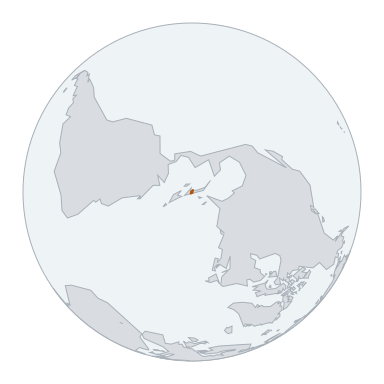 globe centered on Las Tunas, rotated 140°
{"feature_id": "CUB-1368", "entity_name": "Las Tunas", "entity_type": "Province", "adm_level": 1, "iso_a3": "CUB", "parent_name": "Cuba", "parent_adm1": "", "projection": "orthographic", "projection_center": [-77.037, 21.068], "detail": "fine", "context": "on_globe", "style": "filled", "palette": "amber", "viewbox_px": 384, "rotation_deg": 140, "n_neighbors": 0, "source": "natural_earth", "source_scale": "10m", "svg_char_len": 9803}
<svg xmlns="http://www.w3.org/2000/svg" viewBox="0 0 384 384"><g transform="rotate(140 192 192)"><circle cx="192" cy="192" r="169" fill="#eef3f6" stroke="#a8b0b8"/><path d="M188.7,229.3L184.7,227.5L180.7,232.3L167.0,224.0L162.2,213.9L120.5,194.1L116.3,188.4L116.5,180.0L104.1,149.7L108.8,177.1L103.7,171.1L99.9,161.0L102.4,159.1L100.5,144.9L96.1,138.7L97.2,121.4L108.7,101.8L109.9,105.5L112.5,100.8L111.3,96.1L109.8,94.2L117.1,75.6L114.7,64.3L108.5,64.9L114.1,62.0L98.6,66.4L93.7,65.2L102.6,64.2L106.1,62.4L104.5,60.1L107.8,57.9L108.9,55.6L112.9,53.3L117.8,53.5L120.5,52.2L119.2,50.7L122.4,47.9L123.9,50.1L129.7,45.6L138.9,46.1L139.6,56.0L148.1,56.1L157.7,66.3L160.2,64.1L165.4,67.2L170.3,66.0L170.7,68.7L174.2,65.5L172.9,63.3L174.0,61.2L176.7,60.4L177.7,63.6L176.5,64.4L178.2,65.0L177.5,67.0L179.4,65.6L180.3,69.8L183.4,64.6L187.5,67.2L187.0,70.3L181.8,71.2L167.7,82.5L165.6,86.8L167.8,91.5L183.2,97.2L183.0,101.8L186.7,107.1L189.2,103.7L187.2,98.5L192.8,94.0L189.7,88.6L191.6,86.2L190.5,80.6L196.4,80.3L202.6,83.2L203.7,87.9L206.5,89.5L210.0,84.3L216.6,93.2L228.7,99.5L229.8,102.2L223.6,107.9L212.0,109.0L203.9,118.4L214.9,111.4L217.4,119.1L220.3,120.2L223.5,119.5L224.8,116.4L226.8,119.1L216.8,126.5L214.8,124.1L218.0,121.6L212.5,122.5L205.7,128.4L207.5,132.3L195.4,138.6L196.6,141.6L194.6,145.0L193.6,139.6L195.1,149.7L181.2,161.4L183.1,179.7L175.0,165.6L168.3,163.9L160.2,164.0L160.4,167.0L149.6,164.3L139.9,170.1L136.5,184.3L140.3,195.5L152.3,196.7L155.9,190.7L164.7,189.7L158.5,206.0L173.9,208.7L172.4,220.8L177.0,227.1L184.6,225.5L192.6,228.4L198.2,221.3L207.2,217.1L207.5,226.9L212.4,217.7L217.5,222.1L235.4,220.3L234.1,222.6L249.2,232.4L265.1,235.0L268.8,241.3L267.0,245.8L272.4,246.1L272.5,248.8L293.7,248.3L304.1,252.1L303.5,261.3L294.2,274.0L284.3,296.4L267.2,306.4L261.9,314.6L247.0,327.1L236.7,327.7L238.8,332.2L232.3,335.7L225.4,336.6L223.5,339.9L218.3,340.4L221.2,342.1L212.0,346.5L213.6,349.2L206.7,352.1L207.9,353.5L205.6,353.6L203.0,354.2L202.5,354.9L195.8,353.8L194.8,350.5L197.9,348.6L194.8,348.3L201.4,343.0L197.8,344.2L200.1,335.5L205.9,327.6L211.0,302.0L207.7,296.7L194.9,290.6L179.7,269.1L184.0,259.9L180.5,255.5L191.7,242.0L188.7,229.3ZM35.3,152.2L36.5,148.4L36.4,151.5L35.3,152.2ZM36.9,145.7L36.5,147.1L36.7,145.9L36.9,145.7ZM36.8,144.6L36.9,145.4L36.6,144.8L36.8,144.6ZM36.5,143.5L36.7,143.9L36.6,144.0L36.5,143.5ZM182.3,185.9L199.9,194.2L190.0,195.6L191.9,193.9L187.4,190.4L179.1,187.2L170.3,189.0L182.3,185.9ZM36.6,140.7L36.7,139.9L37.0,139.9L36.6,140.7ZM189.9,175.8L186.9,175.1L189.9,175.0L189.9,175.8ZM108.6,93.9L110.9,96.3L110.8,101.6L108.5,99.8L108.6,93.9ZM109.2,84.6L111.2,84.8L108.0,89.3L107.9,87.7L109.2,84.6ZM103.2,66.1L104.5,67.3L102.1,67.0L103.2,66.1ZM108.3,55.8L106.9,56.2L108.1,54.9L108.3,55.8ZM187.4,81.2L188.9,80.9L188.3,82.1L187.4,81.2ZM185.5,79.2L183.7,80.8L182.5,80.1L183.7,79.1L185.5,79.2ZM115.3,50.3L117.6,48.4L116.1,50.4L115.3,50.3ZM188.0,77.5L180.7,78.7L178.7,77.5L181.3,72.9L188.0,77.5ZM119.5,47.2L125.0,42.9L122.4,43.4L132.9,40.0L124.7,44.5L123.3,46.8L122.1,46.2L119.5,47.2ZM171.3,62.9L172.8,65.2L169.0,64.1L171.3,62.9ZM168.6,62.8L155.4,63.2L154.5,59.8L159.1,60.1L156.0,56.6L162.0,54.7L165.1,56.2L164.5,58.7L167.3,56.1L168.6,62.8ZM137.8,39.0L139.9,38.2L138.7,39.1L137.8,39.0ZM174.1,60.3L171.5,60.6L170.6,57.6L175.6,56.6L174.3,57.8L174.1,60.3ZM152.2,56.8L152.4,54.6L157.3,52.3L158.1,51.2L162.1,54.4L152.2,56.8ZM175.9,58.1L178.1,56.2L181.1,57.0L176.6,59.9L175.9,58.1ZM168.2,57.3L168.0,55.8L169.8,56.3L168.2,57.3ZM192.7,59.3L189.6,59.3L188.9,57.7L192.7,59.3ZM178.8,55.4L177.8,55.2L177.1,54.6L179.2,53.6L178.8,55.4ZM165.3,52.7L167.3,52.4L163.9,51.3L167.5,49.8L169.5,52.3L170.1,50.6L171.2,50.2L171.7,52.7L165.3,52.7ZM179.3,51.0L183.2,54.0L189.0,54.2L189.9,55.5L180.3,55.1L179.3,51.0ZM174.8,51.7L177.8,51.5L177.3,53.2L175.0,54.4L174.8,51.7ZM169.2,48.1L163.2,49.6L162.9,49.1L169.2,48.1ZM181.1,50.6L180.2,49.9L181.6,50.5L181.1,50.6ZM173.0,48.4L170.9,49.0L170.6,48.3L173.0,48.4ZM180.0,48.2L181.2,49.1L179.7,49.9L180.0,48.2ZM176.9,48.0L177.1,47.0L178.4,49.6L176.0,48.4L176.9,48.0ZM173.1,47.7L172.3,47.5L174.0,47.6L173.1,47.7ZM185.2,45.1L187.2,48.2L183.8,49.7L182.3,46.4L185.2,45.1ZM206.7,356.0L196.2,354.3L202.2,355.1L207.0,353.8L212.3,355.0L206.7,356.0ZM220.5,352.1L225.6,350.9L226.7,351.1L223.4,352.1L220.5,352.1ZM321.7,83.8L323.1,85.5L319.0,81.1L310.0,71.0L321.7,83.8ZM297.4,59.9L300.3,62.3L301.2,63.0L302.6,64.3L304.8,66.3L304.0,65.6L301.9,63.8L302.6,64.7L312.3,74.0L314.6,75.9L319.1,82.3L323.3,86.4L326.1,90.3L320.1,84.9L317.3,81.9L309.9,79.0L313.3,82.6L320.5,85.8L320.3,86.6L325.0,92.3L321.2,88.6L312.5,84.8L313.6,91.9L322.8,110.5L321.8,114.9L317.4,115.5L306.2,101.3L309.7,93.3L305.8,88.9L298.4,85.7L300.0,83.8L297.4,81.7L298.1,78.8L292.4,71.2L292.1,68.3L283.5,62.1L282.1,60.0L287.6,64.1L291.2,65.7L289.6,59.6L287.4,57.5L282.0,54.3L282.2,53.3L277.1,51.0L273.1,47.0L273.8,50.2L267.4,47.2L261.4,43.5L259.5,43.3L269.1,49.5L272.8,51.5L275.8,52.3L286.1,59.4L288.0,62.3L277.7,57.6L279.3,61.5L270.6,56.8L250.0,41.7L244.6,37.6L249.1,35.4L254.1,37.4L254.9,38.9L260.0,39.6L256.8,38.5L257.0,38.0L250.9,35.6L250.8,35.2L245.2,34.0L244.3,33.2L247.9,34.0L238.2,30.6L234.7,29.1L232.5,28.6L231.3,28.5L227.7,27.0L226.3,26.8L226.9,27.1L224.5,27.0L218.9,26.3L217.9,25.8L219.8,26.0L222.4,25.9L227.6,26.9L226.7,26.6L221.9,25.7L218.8,25.8L215.6,25.6L216.4,25.2L215.9,25.3L214.1,25.1L211.4,24.6L210.2,24.9L191.1,25.0L184.0,24.6L186.8,23.9L172.5,25.1L165.6,25.5L166.2,25.7L159.8,27.1L161.9,26.9L161.7,27.1L146.1,31.9L141.7,33.1L135.7,36.4L136.0,36.6L138.9,35.8L132.9,40.0L122.4,43.4L122.2,42.6L115.7,45.7L116.3,43.7L113.7,43.9L118.1,40.7L115.7,41.5L113.4,42.7L108.5,45.2L107.9,45.4L118.4,39.9L123.5,38.7L122.2,38.5L125.5,37.2L126.8,36.4L125.6,36.6L123.6,37.5L126.1,36.4L137.4,32.1L148.9,28.6L160.7,26.0L172.7,24.1L184.8,23.2L196.9,23.1L209.0,23.9L220.9,25.5L232.8,28.0L244.4,31.4L255.8,35.5L266.8,40.5L277.5,46.2L287.7,52.7L297.4,59.9ZM360.2,207.6L360.5,199.5L360.5,186.9L359.9,183.6L359.2,187.7L358.0,183.8L357.3,185.6L349.3,201.7L344.4,198.3L332.7,181.8L332.3,171.1L327.9,161.4L321.7,115.8L325.3,114.1L326.1,99.3L327.0,98.9L332.3,106.6L337.1,106.9L332.4,98.9L331.9,97.3L338.7,108.3L344.7,119.7L349.8,131.5L353.9,143.8L357.1,156.3L359.4,169.0L360.7,181.8L360.9,194.7L360.2,207.6ZM329.6,135.6L331.1,138.6L329.6,135.6ZM236.0,220.1L238.1,221.8L235.3,222.1L236.0,220.1ZM188.7,199.7L192.4,199.9L194.3,201.4L191.5,201.9L188.7,199.7ZM219.6,198.6L223.8,199.2L219.5,200.3L219.6,198.6ZM202.7,195.3L216.3,198.6L207.8,201.9L199.2,200.0L205.1,198.9L202.7,195.3ZM188.3,181.6L190.6,182.4L190.0,184.2L188.3,181.6ZM192.1,175.7L191.2,175.9L190.0,174.4L192.1,175.7ZM218.0,118.7L218.9,118.2L222.2,118.2L220.7,119.6L218.0,118.7ZM236.2,110.8L239.1,115.4L236.0,112.9L234.6,115.5L226.3,113.8L229.9,103.5L229.7,108.3L236.2,110.8ZM216.2,109.4L221.1,111.2L215.6,109.7L216.2,109.4ZM282.5,74.8L284.9,74.8L287.8,77.7L288.2,82.7L283.9,78.4L282.5,74.8ZM287.5,74.3L277.2,69.0L276.5,66.1L278.7,68.5L279.3,67.1L282.8,70.7L292.3,73.7L295.5,76.6L294.5,83.4L293.1,79.4L290.8,79.5L287.5,74.3ZM252.0,64.8L247.5,63.6L251.9,58.7L255.6,60.4L256.2,65.1L252.2,65.9L252.0,64.8ZM194.1,69.7L192.1,70.4L191.8,69.4L193.2,68.0L194.1,69.7ZM191.3,59.4L202.5,65.9L200.8,66.9L209.4,70.0L208.2,74.1L202.7,71.8L208.2,77.6L202.7,77.2L207.0,80.9L194.8,75.4L190.1,75.7L195.8,73.8L197.0,69.9L196.1,68.4L190.1,64.3L180.6,63.4L180.3,59.9L182.6,57.7L184.8,57.3L184.3,59.6L187.7,57.6L188.6,60.7L191.3,59.4ZM209.8,39.9L208.3,41.6L215.2,40.1L216.2,42.3L216.9,42.0L219.7,43.8L224.5,45.5L224.1,46.6L226.1,46.9L228.0,48.2L230.6,49.0L231.0,51.4L234.2,52.6L232.5,53.1L238.0,54.7L234.1,54.6L236.2,56.7L238.9,55.7L234.5,68.7L235.6,75.0L238.7,80.5L231.6,80.2L224.2,75.1L217.7,68.3L217.6,62.6L214.4,63.8L213.4,61.5L216.3,61.5L211.2,60.2L211.2,58.4L205.4,53.8L198.0,53.4L195.7,52.0L198.6,51.2L194.3,50.3L198.1,48.0L196.5,47.0L198.8,43.9L205.2,43.4L202.9,42.4L204.5,40.3L209.8,39.9ZM186.0,44.2L193.5,42.6L197.7,43.2L192.1,48.3L193.0,49.6L189.5,53.4L183.5,52.6L185.0,51.5L185.1,50.3L187.0,51.0L185.5,49.6L187.6,48.2L187.1,46.7L189.7,46.5L186.0,44.2ZM324.9,95.0L325.1,94.2L324.6,92.3L327.5,96.1L324.9,95.0ZM319.2,92.5L318.8,91.1L322.8,95.1L322.6,96.1L319.2,92.5ZM315.3,87.2L318.5,90.7L316.7,89.4L315.3,87.2ZM287.0,62.9L286.2,61.5L287.4,62.1L289.4,63.7L287.0,62.9ZM230.5,37.5L228.9,38.0L227.9,37.5L222.3,37.4L221.1,36.0L224.0,35.5L230.5,37.5ZM326.8,90.8L326.7,90.2L327.6,91.9L326.8,90.8ZM228.2,35.9L226.1,35.9L226.8,35.3L228.2,35.9ZM220.0,35.0L220.3,34.1L220.3,35.8L220.0,35.0ZM214.9,27.0L224.0,28.5L229.8,29.3L231.7,29.1L232.8,30.4L224.0,29.1L214.9,27.0ZM194.2,25.1L192.5,25.8L190.6,25.5L190.7,25.3L194.2,25.1ZM195.0,25.6L197.8,26.6L195.1,27.0L193.5,26.1L195.0,25.6ZM213.4,30.3L216.1,30.7L215.5,31.2L213.4,30.3ZM138.9,38.0L139.8,38.1L137.9,38.6L138.9,38.0ZM163.0,27.0L162.4,27.4L160.2,27.7L163.0,27.0ZM159.6,28.9L162.4,28.2L159.8,29.1L159.6,28.9ZM168.7,26.9L163.7,28.1L168.0,26.7L168.7,26.9Z" fill="#d9dde1" stroke="#a8b0b8" stroke-width="1"/><path d="M192.3,190.8L192.5,191.0L192.4,191.1L192.4,191.3L192.6,191.2L192.5,191.3L192.6,191.2L192.8,191.1L193.0,191.1L193.1,191.3L192.9,191.4L193.0,191.4L193.1,191.5L193.1,191.4L193.3,191.4L193.3,191.5L193.2,191.5L193.3,191.6L193.5,191.6L193.4,191.5L193.4,191.4L193.5,191.3L193.8,191.4L194.0,191.4L194.0,191.5L193.9,191.7L193.9,191.8L193.7,192.0L193.4,192.2L193.4,192.3L193.2,192.3L193.0,192.6L192.9,192.7L192.9,192.8L192.9,193.0L192.7,193.1L192.4,192.9L192.2,192.9L192.1,193.0L191.9,192.9L191.5,192.9L191.4,192.8L191.3,193.0L191.2,193.0L190.9,193.1L190.7,193.1L190.4,193.1L190.2,193.1L189.9,193.1L189.8,192.8L190.0,192.6L190.3,192.5L190.3,192.4L190.5,192.4L190.6,192.2L190.8,192.2L191.0,192.1L191.1,192.3L191.1,192.2L191.3,192.2L191.5,191.9L191.7,191.7L191.7,191.4L191.9,191.3L191.8,191.2L191.7,191.2L191.8,191.1L192.0,191.0L192.2,190.9L192.3,190.8Z" fill="#f59e0b" stroke="#b45309" stroke-width="1.5"/></g></svg>